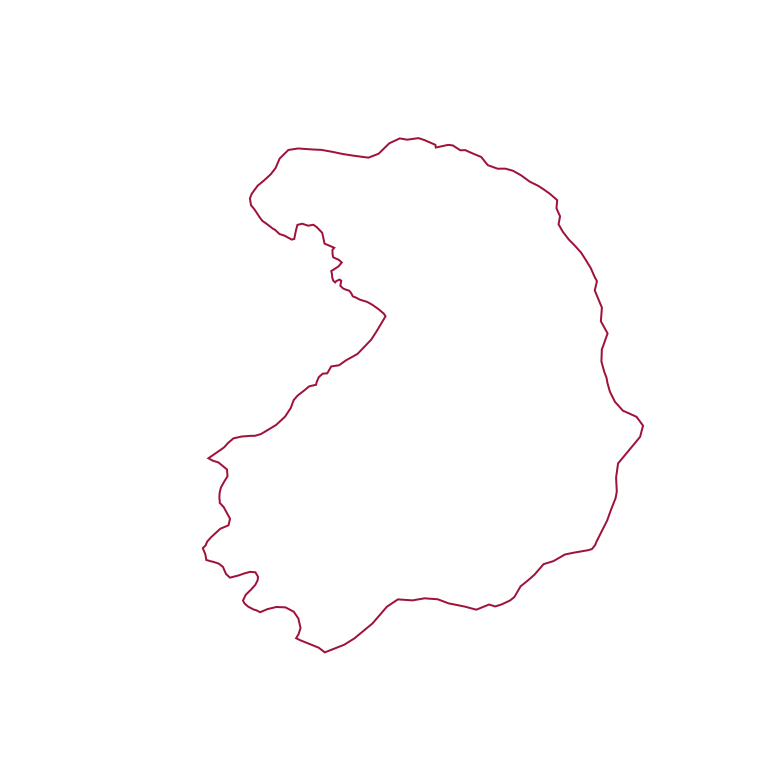 Kerouane, Kérouané, Guinea (orthographic projection), rotated 330°
{"feature_id": "49546643B6018429350706", "entity_name": "Kerouane", "entity_type": "district", "adm_level": 2, "iso_a3": "GIN", "parent_name": "Guinea", "parent_adm1": "Kérouané", "projection": "orthographic", "projection_center": [-9.183, 9.346], "detail": "fine", "context": "isolated", "style": "outline", "palette": "rose", "viewbox_px": 768, "rotation_deg": 330, "n_neighbors": 0, "source": "geoboundaries", "source_scale": "gbopen_adm2", "svg_char_len": 3106}
<svg xmlns="http://www.w3.org/2000/svg" viewBox="0 0 768 768"><g transform="rotate(330 384 384)"><path d="M622.6,316.1L625.9,311.4L622.7,302.1L619.9,296.0L616.6,289.4L611.4,281.7L607.2,272.1L602.3,263.8L596.8,258.2L590.1,254.4L583.3,246.4L581.7,236.0L577.7,230.8L574.7,226.8L571.3,222.1L566.9,219.7L562.9,211.8L559.1,209.0L547.1,205.1L548.1,202.6L541.0,193.0L536.8,188.3L526.2,184.0L520.5,179.2L508.9,178.2L494.5,181.9L483.7,180.2L473.0,172.0L463.5,164.4L455.7,157.4L446.8,149.9L439.9,145.5L427.4,137.1L418.2,133.5L406.3,136.6L398.2,142.7L390.6,145.8L381.5,147.8L373.7,149.1L364.8,153.0L360.7,156.2L358.2,162.7L359.0,167.1L359.4,172.3L359.6,176.7L360.2,181.9L362.3,186.3L363.9,190.1L365.4,193.9L366.7,195.9L368.5,201.9L371.9,205.6L376.3,212.8L378.8,213.5L384.4,207.1L388.6,202.9L393.3,204.3L397.5,209.0L402.5,210.8L404.2,214.6L406.1,222.2L402.7,232.7L409.0,241.1L406.4,242.1L404.2,246.2L403.4,248.9L407.0,254.0L408.2,257.6L403.5,259.4L398.3,259.7L394.8,259.8L393.8,263.0L392.4,265.8L391.7,269.2L392.5,271.6L394.2,271.0L397.7,271.4L398.6,273.1L395.3,277.1L396.4,281.0L398.0,283.0L400.6,285.9L401.0,289.0L400.8,292.5L402.9,295.1L405.1,298.7L410.5,304.5L413.4,309.4L416.6,316.3L419.0,323.0L419.2,326.1L403.5,334.9L395.3,339.1L386.5,341.7L376.1,344.7L362.8,344.5L354.5,345.3L347.0,342.4L340.2,346.4L336.1,344.4L331.1,345.4L326.6,348.7L324.8,350.7L318.0,348.6L311.7,349.7L303.1,350.9L297.7,352.8L291.2,358.2L282.0,362.8L270.2,365.5L261.1,365.7L252.4,365.8L246.5,364.4L242.4,362.1L234.4,358.3L226.5,355.8L219.4,357.1L214.0,358.9L209.9,359.3L194.8,360.5L197.3,364.7L201.5,369.3L201.6,369.7L205.3,379.5L202.3,385.7L197.4,388.3L191.0,392.1L187.3,396.0L184.6,400.1L183.3,403.0L182.3,404.9L183.6,410.4L183.3,423.7L178.7,428.6L169.9,427.5L157.8,430.2L152.2,432.0L148.9,434.5L145.0,435.6L144.1,442.3L142.1,447.5L145.5,451.1L146.8,452.2L151.1,456.9L153.1,462.0L152.7,464.9L152.2,469.6L153.8,474.7L162.0,477.0L167.8,478.1L174.1,479.7L178.5,482.8L178.5,488.0L177.8,488.9L176.4,490.8L172.1,493.6L166.6,495.4L158.9,497.4L153.6,501.0L153.5,504.5L155.1,509.0L158.4,514.2L160.2,516.0L162.6,519.7L170.6,520.7L179.3,523.3L187.0,528.2L192.0,536.1L192.6,544.2L189.7,553.6L185.0,557.9L180.8,560.2L183.4,564.1L195.6,579.7L198.4,586.4L198.5,586.8L219.1,589.9L231.1,589.5L254.3,585.6L275.2,578.3L288.4,577.5L300.4,585.6L312.0,589.9L322.9,597.3L330.2,606.2L342.6,617.1L351.1,625.6L364.7,627.5L369.0,632.2L375.6,633.7L384.9,634.5L390.3,633.7L401.1,627.5L410.8,626.0L418.9,624.4L432.1,619.8L442.2,622.1L455.4,622.1L464.7,625.2L470.9,627.5L477.7,630.0L481.5,630.9L484.4,629.8L486.3,629.1L489.0,626.9L509.0,613.8L515.0,608.7L519.1,605.3L527.3,598.8L529.0,596.9L531.8,593.6L538.2,581.1L546.0,571.1L547.0,569.8L559.2,565.3L579.4,557.8L584.9,552.2L587.5,549.6L586.3,538.7L577.6,526.6L575.1,514.9L575.8,503.6L577.9,495.2L579.9,489.6L580.8,483.7L583.5,473.3L590.0,462.9L592.0,461.3L602.9,452.0L603.2,438.1L610.9,426.8L613.3,408.3L619.8,401.5L620.0,396.2L621.0,387.3L620.8,378.2L620.4,369.0L618.6,360.3L616.3,351.3L615.0,341.8L615.0,336.3L615.0,333.0L620.3,326.8L621.2,318.1L622.6,316.1Z" fill="none" stroke="#9f1239" stroke-width="2"/></g></svg>